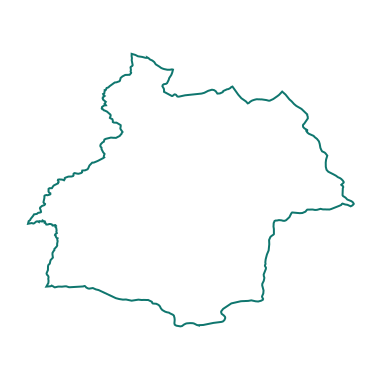 Gachetá, Cundinamarca, Colombia (Equal Earth projection), rotated 93°
{"feature_id": "7082276B90187187212426", "entity_name": "Gachetá", "entity_type": "district", "adm_level": 2, "iso_a3": "COL", "parent_name": "Colombia", "parent_adm1": "Cundinamarca", "projection": "equal_earth", "projection_center": [-73.63, 4.871], "detail": "fine", "context": "isolated", "style": "outline", "palette": "teal", "viewbox_px": 384, "rotation_deg": 93, "n_neighbors": 0, "source": "geoboundaries", "source_scale": "gbopen_adm2", "svg_char_len": 5952}
<svg xmlns="http://www.w3.org/2000/svg" viewBox="0 0 384 384"><g transform="rotate(93 192 192)"><path d="M297.0,117.4L296.0,115.7L295.1,115.4L293.4,116.4L292.6,116.6L289.6,115.5L286.6,115.4L281.6,117.0L280.0,117.0L277.0,115.7L274.5,115.3L273.6,115.3L272.2,115.9L270.6,116.1L264.9,114.2L263.7,114.2L262.0,115.3L261.3,115.3L260.0,114.8L258.4,115.1L255.3,114.9L250.5,113.9L246.3,112.4L240.1,112.1L235.9,112.5L232.9,111.4L231.9,110.5L230.3,108.4L229.7,108.0L224.6,108.3L222.3,108.8L218.8,108.8L216.6,108.0L216.1,107.0L216.0,105.5L215.5,103.7L215.6,101.2L216.0,99.4L215.9,97.9L215.2,96.5L212.0,93.4L208.1,91.7L207.2,90.9L207.5,83.2L207.2,80.7L205.7,77.7L204.1,76.5L203.6,76.0L203.5,75.4L203.2,70.4L203.5,68.3L203.3,66.3L202.1,62.8L202.5,60.5L202.3,53.9L201.8,52.3L198.0,44.0L197.1,42.3L196.0,41.6L195.7,41.0L196.4,38.6L196.7,36.0L198.0,32.8L197.0,31.1L195.6,29.9L195.1,29.9L193.7,31.0L192.8,32.4L191.4,36.5L189.6,38.4L188.1,41.0L187.3,41.5L180.5,41.6L179.1,41.2L178.0,41.8L177.4,43.0L177.0,43.3L175.0,41.3L174.5,41.0L173.9,41.1L172.7,42.0L171.2,43.6L170.3,45.1L169.6,47.0L168.2,49.1L167.0,51.6L164.6,57.0L162.8,58.8L159.9,59.7L155.6,60.0L152.6,59.8L148.6,58.8L146.3,60.8L145.6,61.7L144.6,64.2L143.4,65.0L141.2,66.1L137.3,67.0L134.8,67.9L132.4,70.0L130.8,72.3L129.6,73.5L127.7,78.4L126.6,79.9L125.0,81.1L124.7,80.8L124.7,80.2L124.1,80.2L122.6,83.0L121.4,84.3L120.1,84.7L118.9,84.5L117.9,83.5L112.5,80.2L110.6,80.4L109.3,81.0L108.5,81.0L103.3,87.0L100.6,92.3L98.8,94.7L96.2,97.3L94.4,99.6L89.8,103.7L87.0,107.2L90.3,110.0L91.7,111.6L94.9,115.7L96.7,119.1L96.8,120.2L96.3,122.6L95.9,126.9L96.0,132.4L96.6,134.4L97.5,136.7L98.7,138.5L100.2,140.0L100.6,141.0L98.7,142.9L95.8,147.6L92.4,150.9L84.6,157.1L85.1,158.2L86.2,159.2L87.3,161.0L87.6,162.4L89.5,166.0L90.7,166.6L92.1,169.3L92.4,171.8L90.1,173.6L89.1,175.3L88.8,177.4L90.1,181.1L92.3,184.9L93.2,187.6L95.8,204.0L97.5,210.2L97.4,211.6L95.8,213.0L95.4,214.2L95.5,214.7L97.1,216.5L97.2,217.1L93.4,225.2L92.0,225.2L90.4,225.5L87.9,227.1L86.7,226.8L85.9,225.9L85.3,223.5L84.6,222.6L81.4,221.2L79.4,220.7L76.2,218.8L73.8,218.0L70.8,217.4L70.6,218.4L71.1,220.7L71.2,223.0L70.7,226.3L70.2,228.1L69.5,229.7L68.7,230.8L66.4,234.9L64.2,236.5L62.8,238.5L61.8,241.0L60.6,242.4L60.2,243.2L60.4,243.1L60.4,245.5L59.7,248.9L59.3,253.1L58.1,255.7L57.2,259.5L59.6,259.4L61.4,259.0L63.6,259.1L68.4,257.9L69.1,258.2L70.3,259.7L70.7,259.9L73.3,259.4L75.1,259.6L76.0,259.0L76.5,259.1L78.2,260.4L78.6,264.8L80.2,267.5L81.8,269.2L84.6,269.8L85.2,270.3L86.4,273.1L86.7,274.9L90.8,280.0L91.9,280.9L92.6,282.7L94.5,283.4L95.0,283.8L94.9,284.5L95.1,284.5L98.4,284.8L98.9,285.4L98.7,285.7L98.8,285.9L100.1,285.3L100.7,284.3L102.2,286.0L102.7,285.8L103.2,286.1L104.4,285.6L106.5,282.8L107.1,283.3L108.2,283.5L109.0,284.6L108.7,283.3L109.9,282.5L110.2,284.3L111.8,286.3L112.7,286.4L113.5,285.9L113.7,286.2L114.1,285.8L114.1,285.3L114.9,284.3L114.9,284.8L115.2,283.5L116.1,281.2L119.0,277.5L120.1,277.2L122.3,277.9L122.6,277.5L123.4,275.4L124.5,274.9L126.3,274.7L126.8,273.5L126.7,271.0L128.9,266.8L129.7,266.6L132.2,266.9L133.0,266.6L135.7,264.5L137.3,265.5L138.0,265.6L138.7,266.4L139.8,267.1L141.9,270.7L142.0,273.4L141.9,275.8L143.4,280.8L144.2,282.2L146.4,282.7L147.1,283.9L149.2,285.7L150.7,286.0L151.5,285.7L152.4,284.7L153.9,284.6L157.0,282.8L158.6,281.3L160.2,281.8L161.9,282.0L162.1,281.6L162.6,282.1L166.0,287.9L167.8,291.7L167.9,293.2L170.9,295.8L173.8,296.9L174.8,297.5L176.0,300.0L176.3,302.7L177.2,302.9L178.1,302.8L178.9,303.8L179.7,306.2L179.7,307.4L179.3,309.9L179.3,310.5L180.2,311.3L181.6,311.2L182.2,311.5L182.8,312.9L183.1,316.3L184.4,319.3L184.8,319.8L186.0,319.8L187.0,320.4L186.6,321.5L186.4,322.5L186.4,325.3L186.7,326.4L187.4,326.6L188.9,325.7L189.4,325.8L189.8,326.3L190.4,326.3L192.6,330.2L193.5,331.0L195.5,332.1L195.7,334.6L196.4,335.4L199.1,335.3L200.0,334.7L200.7,333.4L201.5,333.3L202.0,333.8L202.8,336.1L202.6,337.2L203.1,338.7L203.7,339.2L205.7,339.1L210.0,339.8L210.8,339.3L211.6,338.1L211.9,338.1L212.8,338.7L213.8,341.1L215.4,342.8L216.2,343.0L218.3,342.1L219.8,341.7L220.1,341.9L220.5,342.8L220.8,344.5L222.0,345.8L222.6,348.6L224.1,349.4L227.3,351.7L228.4,352.1L229.7,353.6L232.3,354.1L231.4,350.4L231.8,348.9L231.5,348.0L229.6,345.9L229.4,344.7L230.1,343.2L229.1,342.9L229.3,340.4L228.2,339.8L228.4,339.4L229.1,339.0L228.9,338.3L229.0,337.5L229.8,337.1L230.5,337.5L231.1,336.4L232.1,335.8L232.0,334.3L231.4,332.8L231.4,331.5L231.7,330.3L232.8,329.5L232.8,328.8L232.4,328.1L232.2,326.7L233.0,326.0L233.5,326.6L233.9,326.7L235.0,325.7L237.5,325.2L238.9,325.4L240.1,324.8L241.5,326.4L242.2,326.6L243.0,325.7L243.7,325.7L245.0,324.7L245.3,323.8L245.9,324.1L247.0,324.0L248.0,323.6L251.1,324.0L252.3,323.8L253.4,324.2L256.2,326.5L257.3,326.4L258.3,327.2L260.1,328.1L261.5,328.1L264.8,327.5L267.5,329.7L271.0,330.3L272.2,331.5L273.6,331.9L277.5,331.8L280.8,333.0L282.1,332.6L282.6,331.9L283.8,331.0L285.0,330.8L286.2,331.0L288.2,330.6L290.4,330.7L294.1,332.5L293.5,328.2L292.8,327.2L293.2,326.7L293.5,325.7L294.2,324.6L294.4,324.0L293.5,320.8L293.3,316.6L292.8,313.6L292.8,312.5L293.5,310.0L293.5,309.0L292.0,295.7L291.5,294.6L291.7,293.8L292.9,292.6L293.7,290.9L293.9,289.7L293.1,286.0L294.3,282.9L294.8,280.2L301.3,264.2L302.0,262.5L302.7,259.1L303.1,255.3L302.8,252.3L303.7,246.6L302.3,239.9L302.5,236.3L302.3,235.0L302.2,230.6L302.1,230.2L303.7,226.4L304.7,226.0L305.4,225.2L305.5,221.8L306.5,219.5L307.8,218.1L309.8,217.0L311.4,215.5L312.9,212.6L313.4,210.8L313.7,208.7L314.4,207.5L315.5,204.8L316.3,203.7L318.6,202.9L320.6,202.6L324.0,202.7L325.4,202.3L326.3,200.7L326.8,196.6L326.4,195.0L324.6,192.8L323.6,190.9L323.4,189.9L323.0,186.8L323.0,184.2L323.3,182.9L324.5,180.3L325.0,178.0L324.6,178.0L324.2,173.8L321.6,163.7L320.2,155.9L319.7,154.4L318.3,153.0L316.5,152.3L315.5,152.3L314.8,152.6L313.5,153.9L312.1,156.0L310.6,156.6L309.7,156.6L307.1,154.8L301.2,146.9L298.5,137.4L297.8,130.1L297.1,127.1L297.8,122.8L297.9,120.2L297.0,117.4Z" fill="none" stroke="#0f766e" stroke-width="2"/></g></svg>